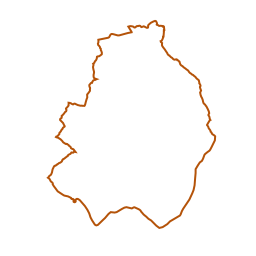 the district of Putna, Suceava, Romania, rotated 353°
{"feature_id": "2599482B68434339585175", "entity_name": "Putna", "entity_type": "district", "adm_level": 2, "iso_a3": "ROU", "parent_name": "Romania", "parent_adm1": "Suceava", "projection": "orthographic", "projection_center": [25.576, 47.849], "detail": "fine", "context": "isolated", "style": "outline", "palette": "amber", "viewbox_px": 256, "rotation_deg": 353, "n_neighbors": 0, "source": "geoboundaries", "source_scale": "gbopen_adm2", "svg_char_len": 5681}
<svg xmlns="http://www.w3.org/2000/svg" viewBox="0 0 256 256"><g transform="rotate(353 128 128)"><path d="M146.9,231.0L150.3,230.6L155.3,228.2L158.3,225.8L168.9,221.2L169.7,220.2L171.4,217.0L173.0,214.8L180.2,206.5L183.8,200.7L185.5,197.6L187.1,193.0L188.4,186.6L189.6,181.0L190.1,177.1L192.8,173.6L195.1,170.9L197.3,169.7L198.7,167.7L200.6,164.0L201.4,163.2L204.1,161.5L206.0,160.5L206.9,159.6L208.5,157.3L212.7,150.9L213.5,146.9L212.8,145.9L211.2,144.6L210.5,143.7L210.5,143.1L210.1,142.3L209.5,141.7L209.5,141.1L209.4,140.4L208.7,139.1L208.2,138.4L208.0,137.8L207.8,136.6L207.7,136.3L206.8,134.7L206.9,134.4L207.5,133.7L208.2,132.7L210.1,130.3L210.3,130.0L210.7,130.0L210.6,129.6L210.4,129.3L210.2,128.4L210.2,127.1L209.9,126.1L209.4,125.3L209.4,124.8L209.6,124.4L210.3,123.5L210.4,123.1L210.2,121.2L209.9,120.4L209.5,119.0L208.8,117.1L208.4,116.0L207.9,115.4L207.7,115.0L207.5,114.4L207.3,114.1L206.6,113.4L206.0,112.5L205.7,110.9L205.6,109.3L205.1,107.3L204.4,105.6L204.4,105.2L204.1,104.2L204.0,102.8L203.9,101.6L204.4,100.9L205.1,99.6L204.8,98.6L204.4,96.4L204.4,96.1L204.6,95.6L205.1,95.1L205.1,94.6L205.0,94.0L204.7,93.3L204.5,92.8L204.2,92.5L204.3,91.9L204.3,91.4L204.1,89.3L203.4,88.5L202.3,87.4L201.6,86.4L201.2,85.6L199.6,84.0L199.2,83.4L198.0,82.7L197.5,82.0L196.1,80.8L195.4,79.8L195.0,78.9L194.6,78.2L193.0,76.8L192.5,76.2L190.5,74.4L189.7,73.3L189.2,72.9L188.7,72.6L188.1,71.9L187.6,71.0L187.5,70.0L187.2,69.3L187.2,68.8L187.2,68.4L185.8,67.0L185.4,66.4L185.0,66.5L184.6,65.9L184.3,65.7L182.7,65.9L181.9,65.6L181.1,64.9L180.4,63.8L179.2,62.9L178.9,62.4L177.9,61.3L177.9,61.1L177.0,60.5L176.6,59.9L176.2,59.1L176.1,58.5L174.8,56.0L174.2,54.7L172.6,52.0L172.1,51.0L171.9,50.4L171.8,49.8L172.2,47.8L171.7,47.2L171.1,46.6L171.0,45.8L171.8,45.7L172.5,44.9L173.1,44.0L173.7,42.8L173.9,41.6L174.4,41.6L174.5,41.0L175.1,38.1L175.3,37.2L175.3,36.5L175.5,35.4L175.7,35.5L175.8,35.1L176.0,35.1L176.0,31.9L175.6,31.9L175.0,31.7L175.1,31.1L172.8,30.5L171.5,30.5L171.1,30.3L170.7,29.9L170.1,29.4L169.4,29.2L169.1,28.9L169.5,28.1L169.5,27.4L169.0,25.8L168.7,25.3L167.9,25.0L166.1,25.4L163.4,26.4L160.8,28.2L160.4,29.0L160.3,30.0L160.1,30.7L159.4,30.9L158.8,30.8L158.2,30.4L156.4,29.2L156.0,29.0L153.8,29.5L153.4,29.3L152.7,28.3L152.0,27.9L151.3,27.9L150.3,28.1L149.5,27.9L148.5,28.3L147.7,28.9L147.1,29.1L146.5,29.0L145.7,28.1L144.5,27.6L143.0,27.2L141.9,27.2L140.7,27.4L143.3,33.1L143.3,33.4L139.6,33.7L138.1,33.9L131.2,34.9L130.2,35.0L129.0,34.8L125.1,33.2L123.9,32.8L123.1,32.7L122.6,32.9L122.2,33.1L121.8,33.5L120.7,35.1L120.3,35.6L119.3,36.0L109.3,36.8L109.2,38.2L109.1,39.3L108.4,40.6L108.5,41.4L108.5,41.9L109.2,42.8L109.9,43.9L110.0,44.4L110.1,45.4L110.6,45.9L110.6,46.5L110.5,47.5L110.9,48.3L111.2,49.8L111.2,50.5L110.9,51.7L110.5,51.9L109.6,52.5L107.9,53.3L107.1,53.2L106.1,53.4L105.9,53.5L105.5,55.1L105.0,56.1L104.5,56.8L104.1,57.2L103.6,57.5L103.1,58.1L102.6,59.1L102.2,59.4L101.2,60.0L101.5,60.7L101.5,61.0L100.7,63.2L100.7,63.6L100.8,65.7L101.1,67.7L101.1,68.5L100.7,70.0L100.3,71.1L100.1,73.1L100.4,74.2L101.2,74.9L102.8,75.7L101.9,75.9L101.6,76.2L100.9,76.1L99.3,76.6L98.3,77.7L97.9,78.7L97.4,78.6L96.5,79.0L95.6,79.9L94.8,80.7L94.8,81.7L94.8,82.4L95.2,83.2L95.2,83.7L95.2,84.0L94.8,85.6L94.8,86.4L94.6,86.7L92.6,88.8L91.6,89.7L91.5,89.9L91.3,92.7L90.4,94.4L89.2,97.2L88.4,99.3L88.0,100.1L87.5,100.7L85.2,100.4L84.9,100.2L84.2,100.1L83.5,100.1L81.5,99.3L81.1,99.2L78.7,97.7L78.3,97.4L77.9,97.3L77.5,97.3L76.3,97.9L74.8,97.0L74.5,96.6L74.1,96.4L73.3,96.0L72.1,95.7L72.1,96.5L71.9,97.1L71.8,98.1L71.7,98.5L70.3,99.9L69.1,100.8L68.8,101.2L68.8,101.6L69.1,102.4L69.0,103.1L68.6,103.9L67.7,104.3L66.0,106.1L64.6,107.3L63.7,107.8L63.6,108.0L63.7,108.4L63.6,109.0L63.2,110.0L62.3,110.4L61.8,110.8L61.6,111.5L61.6,111.8L63.6,114.4L64.2,115.2L64.8,117.1L65.4,118.5L65.2,118.9L63.5,119.8L62.6,121.3L62.1,121.4L61.6,122.0L61.0,123.0L60.1,123.9L59.4,124.4L59.2,124.8L59.1,125.7L56.3,128.1L55.8,127.8L55.4,128.2L55.8,128.5L56.7,128.8L58.0,129.5L58.5,130.1L59.6,130.9L61.1,132.8L61.5,133.5L61.9,134.3L62.7,134.9L63.1,135.4L63.5,135.6L64.2,136.2L64.6,136.1L65.0,136.3L65.2,136.5L65.7,136.5L66.0,136.9L66.3,137.2L66.9,137.6L67.4,138.6L68.6,139.6L69.0,141.1L70.3,142.1L70.7,142.1L71.3,142.6L71.6,142.9L71.8,143.6L72.1,143.9L72.3,144.3L72.4,144.6L72.8,145.0L73.0,145.4L72.1,145.1L71.4,145.1L71.1,145.3L70.8,145.7L70.4,145.8L69.2,145.5L68.9,145.4L68.4,145.9L67.8,146.6L67.3,146.8L66.3,147.1L65.3,147.6L65.1,147.8L64.7,148.6L64.1,148.7L62.9,149.5L62.2,149.8L61.9,150.1L61.4,150.4L61.1,150.6L60.7,150.8L60.1,150.8L59.9,150.9L59.6,151.4L59.0,151.7L58.7,152.1L58.6,152.5L58.4,152.9L57.9,153.4L56.4,154.2L55.5,154.3L55.1,154.5L54.9,154.6L54.5,155.0L53.4,155.3L52.7,156.0L52.1,156.1L51.5,156.6L51.2,156.5L50.6,156.6L50.1,156.9L49.7,157.4L48.1,159.9L47.1,162.9L46.8,163.4L46.0,164.8L45.4,165.3L44.1,166.0L43.5,166.6L43.1,167.2L42.5,167.6L43.6,168.6L44.0,169.2L44.7,171.2L45.2,172.0L46.2,172.9L46.5,173.5L46.6,174.2L46.4,174.7L47.2,176.5L50.5,182.3L55.2,186.3L56.5,187.3L60.2,188.6L62.9,190.4L62.9,190.8L63.1,191.2L63.5,191.6L64.0,191.7L64.4,191.6L64.7,191.7L64.9,192.2L65.1,192.9L65.1,193.5L65.0,194.5L65.2,194.8L66.1,195.2L66.4,195.1L66.8,194.9L67.1,194.5L66.8,192.9L66.9,192.7L67.4,192.7L67.9,192.6L68.3,192.2L68.8,192.1L69.9,192.5L71.4,193.8L75.7,200.2L77.7,204.2L79.1,208.0L79.9,212.1L81.1,215.3L83.3,219.8L84.1,220.5L84.8,220.8L86.3,220.5L92.1,216.1L94.2,214.6L98.2,210.9L100.6,209.4L104.4,210.3L106.5,210.1L112.1,207.6L114.7,206.6L116.8,206.4L122.0,208.3L124.0,207.5L124.8,207.5L128.7,209.9L129.6,210.6L130.4,211.5L130.8,212.6L131.4,213.4L132.9,215.7L134.2,217.1L135.3,218.2L137.2,220.6L139.7,222.6L144.2,228.4L146.9,231.0Z" fill="none" stroke="#b45309" stroke-width="2"/></g></svg>